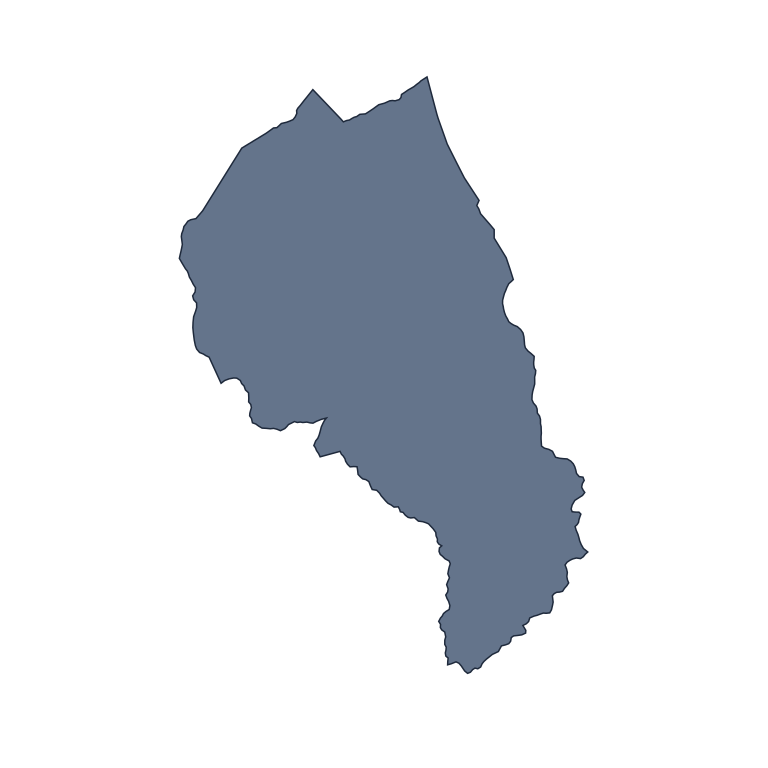 the district of Ibitiara, Bahia, Brazil, rotated 248°
{"feature_id": "56859067B85729192987981", "entity_name": "Ibitiara", "entity_type": "district", "adm_level": 2, "iso_a3": "BRA", "parent_name": "Brazil", "parent_adm1": "Bahia", "projection": "orthographic", "projection_center": [-42.366, -12.553], "detail": "fine", "context": "isolated", "style": "filled", "palette": "slate", "viewbox_px": 768, "rotation_deg": 248, "n_neighbors": 0, "source": "geoboundaries", "source_scale": "gbopen_adm2", "svg_char_len": 4982}
<svg xmlns="http://www.w3.org/2000/svg" viewBox="0 0 768 768"><g transform="rotate(248 384 384)"><path d="M644.0,480.1L643.3,477.4L642.2,472.2L641.4,468.0L643.1,462.6L642.2,458.9L642.5,456.2L642.2,453.5L641.7,450.9L642.3,448.0L642.3,444.5L645.8,443.3L683.6,428.3L678.1,418.5L676.9,416.3L673.7,410.8L672.0,407.4L670.3,405.4L667.5,404.5L664.9,401.7L663.2,398.7L663.1,394.9L663.2,391.7L664.0,386.4L662.9,383.7L661.8,380.7L662.8,377.4L661.7,373.1L660.6,368.5L659.9,364.2L656.0,340.5L651.4,334.2L646.7,327.7L612.5,280.7L607.8,271.6L608.7,266.4L608.4,263.1L606.5,260.2L605.0,257.5L602.0,255.4L599.2,252.8L596.6,251.3L592.7,250.3L588.9,249.3L585.8,247.3L583.0,245.4L579.9,243.2L577.1,241.3L572.1,242.0L568.3,242.6L565.1,243.1L562.6,243.9L560.0,244.0L556.0,243.6L552.0,244.2L548.0,244.5L543.9,245.3L540.1,243.3L537.4,239.6L533.4,239.1L529.4,240.6L525.1,239.0L522.2,236.7L517.7,232.7L512.8,230.1L507.9,227.9L502.9,226.4L499.1,225.4L495.7,224.5L490.3,223.5L486.6,223.4L482.3,224.8L479.4,227.8L477.2,229.3L474.4,231.9L445.7,233.2L446.9,237.6L446.8,242.2L445.9,246.9L444.6,249.7L441.1,252.1L437.7,252.2L434.6,253.5L430.4,253.3L426.6,255.1L421.7,253.4L418.1,251.8L415.0,252.8L411.7,252.2L409.5,250.4L407.2,248.7L404.8,247.5L401.7,248.2L397.3,247.5L395.0,250.1L391.8,252.1L388.8,254.4L387.0,258.2L385.1,261.8L384.2,265.0L382.1,267.9L379.5,270.5L379.8,275.3L380.9,277.9L382.2,280.3L382.4,283.5L382.7,286.9L380.8,289.2L380.1,292.1L378.7,294.3L377.6,298.2L375.6,301.0L374.3,303.5L374.7,307.3L374.7,312.6L374.0,317.8L372.6,315.3L370.7,313.0L367.7,309.8L364.0,307.1L360.8,304.6L358.5,302.3L356.8,299.3L353.2,295.9L350.7,296.5L347.6,296.5L343.9,297.3L340.4,297.5L338.0,318.0L334.9,318.2L332.5,319.2L329.3,319.8L326.7,319.5L323.3,320.1L319.9,321.5L318.8,325.0L317.4,328.0L314.6,327.4L309.9,326.1L306.5,327.4L304.0,328.7L302.1,331.4L299.2,333.4L294.6,333.3L290.6,333.5L288.2,337.4L284.4,339.0L281.4,339.5L278.3,340.6L275.0,341.7L271.9,343.0L269.2,345.3L266.1,347.2L264.8,351.2L262.1,351.5L259.4,351.3L257.8,353.6L254.4,354.6L251.3,356.4L249.8,358.6L248.8,362.1L244.0,364.5L241.8,368.4L239.6,371.0L237.7,372.9L234.8,374.0L231.5,375.3L227.0,376.4L223.7,375.4L220.3,375.5L217.8,374.3L215.2,374.8L212.3,376.9L211.3,374.0L208.1,372.3L204.9,372.3L202.4,373.7L199.1,375.1L195.5,378.1L192.5,378.1L190.0,376.0L187.3,374.1L184.1,372.1L179.8,372.1L177.0,369.2L174.5,366.9L170.0,366.7L167.3,365.1L165.2,362.2L161.5,362.1L158.3,362.5L153.9,362.1L150.5,360.0L149.9,356.3L148.9,353.2L147.0,351.0L145.8,348.6L143.4,345.8L140.0,346.4L137.1,345.0L134.4,345.4L131.3,347.4L126.4,346.5L123.7,344.4L119.8,342.8L116.7,343.1L114.1,341.8L111.7,340.1L108.6,339.4L105.9,340.8L102.7,339.1L99.8,337.8L99.4,341.7L99.4,346.7L97.0,348.9L93.8,350.0L87.7,351.3L84.4,353.1L84.4,356.2L86.0,359.2L86.5,361.9L84.8,364.3L85.4,367.6L87.9,370.2L89.3,372.7L90.5,375.8L91.4,378.9L92.7,383.1L92.9,386.6L93.1,389.8L94.9,392.0L97.2,394.8L96.6,399.0L96.5,402.4L98.0,405.0L101.2,407.0L101.9,409.8L100.7,414.1L99.8,417.8L100.0,422.0L102.5,423.2L108.1,422.3L108.4,426.2L109.6,429.1L112.5,431.5L112.6,436.2L112.2,439.2L112.1,443.2L111.9,446.0L110.7,448.4L109.7,451.9L111.9,454.7L115.9,457.5L118.4,459.1L121.7,460.0L124.6,460.8L125.9,463.3L126.2,466.1L125.3,468.8L124.9,471.9L126.9,474.8L128.5,478.0L130.4,480.7L133.6,480.7L137.0,481.4L140.6,483.4L144.2,484.0L148.4,484.1L150.2,487.0L150.9,490.4L151.1,493.4L150.6,497.2L148.5,500.8L149.2,504.1L150.8,506.9L151.9,510.0L156.8,507.3L161.3,506.7L165.4,506.7L168.1,507.1L171.9,507.5L176.5,507.4L180.3,507.8L181.3,510.4L182.8,512.5L185.1,513.9L187.4,515.8L189.6,517.8L192.1,516.8L193.6,513.3L195.1,510.6L198.0,510.7L201.3,513.1L204.6,517.3L205.5,521.9L206.3,526.3L208.2,529.5L210.9,528.9L214.3,528.6L217.3,530.6L219.6,533.5L223.1,533.6L225.0,530.3L229.0,529.0L232.4,529.6L235.9,529.9L239.1,529.6L242.5,528.3L245.9,525.8L247.6,522.3L249.3,519.1L251.8,515.6L254.8,515.3L258.5,515.0L261.6,512.4L264.4,508.7L267.4,506.8L271.1,508.0L274.1,509.0L276.6,510.0L279.5,511.5L282.1,512.4L285.6,513.7L288.5,514.2L292.5,515.8L296.0,516.2L299.6,515.3L303.5,516.6L306.6,516.7L310.4,515.4L314.1,515.3L318.3,517.2L321.4,519.1L324.3,521.3L327.5,523.7L330.7,525.0L334.1,526.3L336.8,528.3L339.8,529.8L342.4,529.3L345.7,530.0L348.3,531.0L350.6,532.3L353.4,533.6L357.3,531.7L360.5,529.9L364.5,528.6L367.6,529.0L370.7,530.0L375.3,531.4L379.3,532.0L383.3,531.1L387.3,529.1L390.0,526.3L392.7,524.3L395.1,523.0L397.9,522.9L401.4,522.4L405.2,522.5L408.8,523.0L411.3,523.6L414.0,524.0L417.3,525.4L420.4,527.7L422.9,529.6L424.9,531.7L427.5,534.1L430.3,537.3L431.4,540.5L432.4,543.0L443.4,543.9L455.4,544.6L478.0,540.8L481.4,542.2L485.9,544.0L491.8,542.1L505.7,537.3L510.7,537.5L514.7,536.9L518.6,540.9L545.0,535.7L562.0,534.2L582.8,532.5L586.9,532.7L610.0,533.7L614.4,534.1L652.6,538.9L651.3,532.0L650.3,529.5L649.5,526.3L648.5,523.2L648.1,520.4L647.6,516.6L646.6,512.3L645.9,508.7L643.2,507.0L642.0,504.6L642.4,500.4L643.7,498.0L644.4,495.4L644.2,489.6L644.9,483.8L644.0,480.1Z" fill="#64748b" stroke="#1e293b" stroke-width="1.5"/></g></svg>